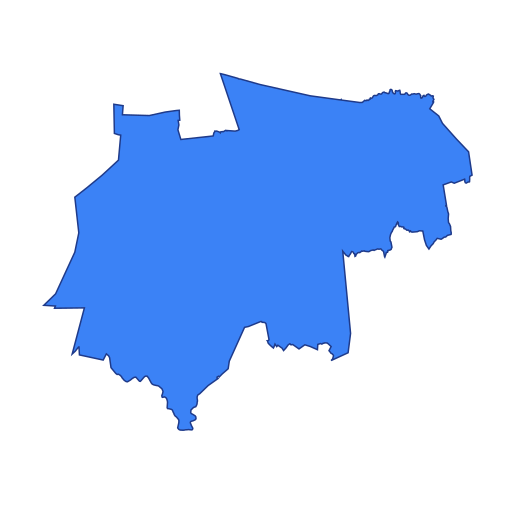 outline of Rayón, San Luis Potosí, Mexico, rotated 7°
{"feature_id": "50627088B63046987106360", "entity_name": "Rayón", "entity_type": "district", "adm_level": 2, "iso_a3": "MEX", "parent_name": "Mexico", "parent_adm1": "San Luis Potosí", "projection": "natural_earth1", "projection_center": [-99.555, 21.802], "detail": "fine", "context": "isolated", "style": "filled", "palette": "blue", "viewbox_px": 512, "rotation_deg": 7, "n_neighbors": 0, "source": "geoboundaries", "source_scale": "gbopen_adm2", "svg_char_len": 6028}
<svg xmlns="http://www.w3.org/2000/svg" viewBox="0 0 512 512"><g transform="rotate(7 256 256)"><path d="M410.5,88.7L413.5,81.9L413.4,81.2L412.7,81.3L412.7,80.9L413.5,78.8L412.8,78.0L412.4,77.4L412.5,75.7L412.1,75.5L411.5,75.5L411.1,75.7L410.4,75.8L409.7,75.2L408.2,74.6L407.6,74.2L406.8,74.5L405.6,75.4L405.2,76.4L404.3,77.1L403.6,76.8L403.2,76.1L402.6,76.3L402.2,76.9L401.8,78.5L401.4,78.7L401.1,79.1L400.4,79.1L400.1,78.5L399.9,76.7L399.4,76.3L399.1,75.7L398.5,75.2L397.9,74.9L396.2,75.4L395.5,75.8L394.6,75.8L393.4,75.6L391.3,76.3L390.7,76.3L390.2,76.9L389.5,77.5L388.7,77.8L387.8,77.7L387.0,77.1L386.3,76.2L385.8,75.8L385.1,75.8L384.6,76.0L383.9,77.3L383.3,77.5L380.0,77.9L379.5,77.3L379.2,76.3L378.9,74.9L378.5,74.0L378.0,74.1L377.4,74.6L376.6,75.0L374.4,74.9L374.2,75.7L374.5,76.6L374.4,77.7L374.1,78.1L373.4,78.2L372.6,77.8L372.1,77.3L371.7,77.0L370.9,75.0L370.6,74.6L370.2,74.3L369.4,74.2L368.8,74.7L368.8,75.8L368.7,76.5L368.3,77.1L368.3,78.0L367.9,78.6L367.0,78.7L364.9,78.2L364.0,78.2L363.3,77.7L362.6,77.9L361.7,78.4L360.9,79.8L360.2,80.1L359.5,80.1L358.5,79.9L357.7,80.1L357.3,81.1L356.4,81.8L355.8,82.1L354.0,82.2L353.4,82.5L352.9,83.1L352.5,84.1L351.9,85.1L351.0,85.5L350.3,85.2L350.1,85.5L350.1,86.5L349.3,86.7L349.1,87.4L348.2,88.0L347.2,87.6L346.7,88.2L346.2,88.5L345.0,88.2L342.8,90.6L340.4,91.0L321.8,90.8L321.5,90.2L320.8,90.8L290.3,90.4L239.0,85.3L219.1,82.3L216.9,82.3L216.7,82.2L216.5,81.9L215.7,81.8L202.8,79.8L198.5,79.3L198.4,79.3L223.9,132.6L222.6,133.6L220.1,134.6L211.7,135.0L211.7,135.3L210.5,135.0L208.6,136.5L207.2,136.7L205.8,137.1L205.6,137.5L205.5,138.1L204.8,137.5L201.8,136.8L199.9,137.1L200.0,137.5L199.2,138.9L199.0,140.5L199.0,141.3L198.8,142.1L167.2,149.5L163.1,140.2L163.5,135.3L162.2,130.9L163.8,130.5L162.8,125.5L162.1,120.7L159.2,121.3L148.3,124.2L133.0,129.6L106.2,132.1L105.8,123.0L96.4,122.7L100.5,151.6L104.5,152.4L107.0,152.5L107.8,177.6L93.3,194.7L79.6,209.1L69.0,219.7L77.3,254.6L75.7,274.3L61.7,318.0L51.4,330.8L63.0,330.1L62.4,332.4L92.0,328.4L85.5,375.7L88.3,372.4L90.9,368.0L91.4,367.9L92.8,375.7L117.0,377.9L119.4,371.4L121.7,372.9L122.0,373.2L123.1,374.8L125.7,384.5L131.2,389.7L131.3,389.7L132.6,390.5L133.7,390.1L134.3,390.3L136.0,391.1L137.5,392.5L137.8,393.1L140.4,395.5L142.5,396.5L143.8,396.5L146.5,394.4L148.4,392.4L149.2,391.9L149.8,391.3L151.5,390.9L152.8,392.0L155.1,394.1L155.7,394.5L156.5,394.5L157.3,393.4L159.3,390.4L160.2,389.2L161.1,388.7L162.5,388.5L164.2,390.1L167.4,394.6L168.0,395.3L168.8,395.9L170.4,396.4L173.0,396.7L174.0,396.7L175.2,396.9L178.1,398.8L178.9,399.4L180.2,401.7L180.2,402.2L179.9,404.7L179.5,405.8L179.7,406.2L179.7,406.7L180.0,407.5L180.3,407.7L182.4,407.0L183.4,407.4L184.3,408.0L185.0,409.1L185.7,410.8L186.0,412.0L186.3,417.4L186.8,418.2L188.2,418.2L190.5,418.5L191.3,418.8L191.8,419.2L193.2,421.7L193.7,422.2L194.1,423.3L195.3,424.7L196.7,425.5L199.0,427.7L199.4,428.4L199.6,429.2L199.7,431.0L199.2,436.1L199.4,436.4L200.5,437.5L201.9,438.0L204.7,437.8L205.8,437.6L207.6,437.0L208.6,436.9L210.1,436.5L211.7,436.5L213.6,436.4L214.1,435.9L214.3,435.0L214.0,434.2L212.7,432.4L211.1,429.5L211.2,428.7L211.7,428.0L213.5,427.3L215.6,426.0L216.3,424.9L216.1,424.2L216.0,423.4L215.7,422.7L215.0,422.0L212.2,420.7L211.0,420.3L210.3,419.5L210.2,416.8L212.5,413.9L214.6,412.9L215.4,410.7L215.5,409.3L215.4,408.0L215.6,407.3L215.4,406.0L215.1,405.2L214.8,403.7L214.8,402.6L215.1,401.3L215.5,400.7L216.8,399.7L224.3,390.4L233.2,382.3L232.2,381.9L232.1,380.9L233.4,379.9L234.2,380.6L236.9,377.1L242.1,371.3L242.3,363.6L253.2,328.6L253.3,328.2L257.1,326.9L268.6,320.5L269.6,320.4L270.1,321.1L272.3,320.9L273.5,321.3L274.2,322.0L279.1,337.4L278.8,338.1L278.4,338.3L278.2,338.7L277.6,338.8L277.8,339.0L278.7,341.0L280.1,342.2L282.4,343.9L284.5,345.2L285.0,343.7L285.6,341.1L287.6,343.4L288.6,341.9L293.1,344.3L294.9,346.5L296.9,343.7L298.7,340.4L300.2,339.0L300.8,339.2L301.5,339.9L303.3,339.4L310.0,343.0L315.3,338.2L320.8,339.2L328.4,341.5L328.1,336.2L330.8,335.0L331.9,335.4L332.8,335.0L333.2,334.4L334.1,334.3L334.8,333.8L337.3,333.7L338.6,334.5L341.6,336.7L340.0,341.1L341.6,342.6L342.3,343.4L343.7,343.9L344.9,345.1L345.1,345.6L344.6,348.8L343.3,350.6L359.2,340.8L359.3,321.3L341.5,240.6L345.1,244.1L346.3,244.6L347.6,245.3L348.1,245.3L348.5,244.1L349.6,242.1L350.0,240.8L350.4,239.9L351.3,240.0L352.2,240.5L352.8,241.7L353.7,241.8L354.3,244.3L354.9,243.9L355.3,242.1L356.1,241.1L356.4,240.6L357.3,240.1L358.6,240.0L358.8,239.8L358.8,239.6L359.6,239.1L360.3,238.2L361.2,238.3L362.8,237.7L363.5,238.1L364.7,238.0L365.4,238.1L366.0,238.0L366.8,238.1L368.1,237.6L368.7,237.0L369.2,236.6L370.7,236.1L371.3,235.8L371.6,235.9L372.1,235.7L372.5,236.0L372.6,235.9L376.0,234.1L377.2,234.3L379.0,233.7L380.2,234.8L382.0,235.9L383.7,241.0L384.0,241.4L384.8,237.7L384.9,236.6L386.1,236.3L386.2,236.1L386.3,235.3L386.1,234.6L386.3,234.4L386.9,234.3L387.6,233.9L388.1,233.9L389.3,233.0L389.4,232.7L389.6,231.6L389.9,230.8L388.2,225.6L387.4,224.8L386.6,221.6L386.9,218.4L387.4,216.6L388.3,214.7L388.5,213.6L389.4,211.4L389.6,210.5L390.7,210.0L391.0,209.5L391.2,208.1L391.6,207.6L391.6,206.9L392.4,204.9L393.0,205.4L393.3,206.0L393.3,207.2L394.6,209.3L394.8,209.3L396.0,209.0L397.1,209.4L398.3,209.2L399.3,209.5L399.4,209.8L399.3,210.5L399.5,210.8L401.3,211.1L402.5,212.0L403.3,211.9L403.7,211.7L404.3,211.9L404.9,212.3L405.4,213.2L406.3,212.3L407.1,213.2L408.5,213.2L413.2,212.2L415.2,211.0L418.5,210.9L421.3,219.4L423.8,224.7L426.8,228.0L428.5,224.6L430.4,222.1L431.0,220.4L432.8,218.0L433.7,216.4L437.7,216.8L439.1,215.7L440.4,214.4L442.0,214.0L443.5,212.2L447.0,210.8L447.0,209.4L446.2,206.9L445.5,203.0L444.0,200.4L443.0,199.3L442.2,195.5L442.0,190.8L441.0,188.7L439.4,184.0L438.2,183.2L438.2,182.9L438.3,182.7L438.9,182.5L433.1,162.6L440.8,158.7L443.9,159.6L453.7,154.3L453.9,154.8L454.2,156.6L454.6,157.4L454.9,157.8L455.8,158.0L457.1,157.0L457.6,156.7L458.7,156.5L458.9,156.3L458.7,153.3L458.5,152.5L458.5,150.9L460.6,149.4L454.3,126.7L440.6,115.4L424.9,101.6L420.3,94.7L410.5,88.7Z" fill="#3b82f6" stroke="#1e3a8a" stroke-width="1.5"/></g></svg>